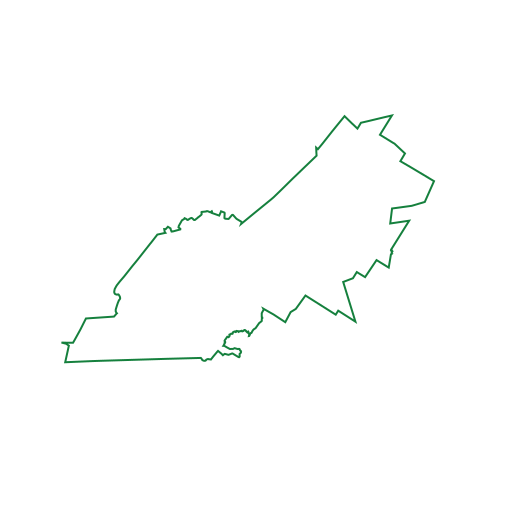 outline of Abasolo, Tamaulipas, Mexico, rotated 32°
{"feature_id": "50627088B78235434296900", "entity_name": "Abasolo", "entity_type": "district", "adm_level": 2, "iso_a3": "MEX", "parent_name": "Mexico", "parent_adm1": "Tamaulipas", "projection": "equal_earth", "projection_center": [-98.244, 24.128], "detail": "fine", "context": "isolated", "style": "outline", "palette": "green", "viewbox_px": 512, "rotation_deg": 32, "n_neighbors": 0, "source": "geoboundaries", "source_scale": "gbopen_adm2", "svg_char_len": 5463}
<svg xmlns="http://www.w3.org/2000/svg" viewBox="0 0 512 512"><g transform="rotate(32 256 256)"><path d="M150.5,447.2L173.4,431.5L180.7,426.6L234.5,390.7L263.2,371.7L263.4,371.8L263.8,371.8L264.5,372.1L265.2,372.5L265.8,372.7L266.5,372.6L267.5,372.4L267.8,372.2L268.1,372.0L268.3,371.9L268.6,371.5L268.8,371.1L268.8,370.9L268.7,370.6L268.8,370.2L269.0,369.9L269.5,369.2L269.9,368.8L270.4,368.6L271.0,368.5L271.6,368.0L272.6,367.7L273.0,363.9L273.9,357.5L274.1,356.6L278.5,357.2L280.5,357.7L281.2,355.8L281.3,355.6L281.5,355.5L285.0,354.4L285.2,354.2L286.8,352.1L287.4,351.3L287.6,351.2L287.8,351.1L294.4,351.0L294.6,351.0L295.3,350.8L295.4,350.7L295.4,349.9L295.3,349.7L294.8,349.0L294.1,347.9L294.0,347.7L294.4,346.2L294.4,345.9L294.3,345.7L294.2,345.5L293.8,345.2L293.7,344.9L293.7,344.7L292.2,344.3L291.9,344.0L291.2,343.6L290.9,343.7L290.7,343.8L290.0,344.5L289.8,344.6L286.7,345.5L285.8,346.9L285.6,347.1L283.1,348.7L280.0,348.9L276.4,349.0L276.2,349.2L276.0,348.9L275.9,349.0L275.8,346.8L275.5,346.6L275.6,346.4L275.6,346.0L275.7,345.7L275.4,345.2L275.2,345.0L274.6,344.9L274.4,344.8L274.3,344.6L274.2,344.3L274.2,344.1L274.2,343.0L274.4,341.7L274.3,341.2L274.4,340.3L274.4,340.1L274.4,339.9L274.4,339.7L274.5,339.6L275.0,339.6L275.3,339.5L275.6,339.5L276.0,338.7L276.0,338.3L275.9,337.7L275.6,337.5L275.4,337.3L275.2,337.1L275.1,336.9L275.1,336.7L275.5,336.2L275.8,336.0L275.9,335.8L276.0,335.4L276.0,335.2L276.4,334.9L276.5,334.8L276.7,334.7L277.2,334.5L277.3,334.4L277.3,334.1L277.2,333.8L276.9,333.3L276.9,333.1L276.9,332.9L277.0,332.7L277.1,332.4L277.3,332.1L277.5,331.8L277.7,331.5L277.9,331.3L278.5,331.2L278.7,331.4L278.8,331.4L279.1,331.3L279.3,331.0L279.3,330.9L279.1,330.5L279.1,330.4L279.0,330.1L279.1,329.9L279.4,329.8L279.7,329.6L280.1,329.6L280.7,329.4L280.8,329.2L281.0,329.1L281.2,329.3L281.2,329.5L281.3,329.6L281.5,329.6L281.6,329.1L281.6,328.9L282.1,328.5L282.3,328.4L282.4,328.1L282.6,327.9L282.8,327.8L283.1,327.6L283.2,327.4L283.3,327.4L283.4,327.1L283.5,327.0L283.9,327.2L284.3,327.2L284.5,327.0L284.7,326.7L285.0,326.3L285.1,326.1L285.1,325.5L285.2,325.4L285.4,325.2L285.6,325.0L285.6,324.8L285.8,324.7L286.0,324.7L286.3,324.6L286.5,324.7L286.7,324.8L287.1,324.8L287.4,324.9L287.5,325.0L287.7,324.9L287.9,325.1L288.2,325.1L288.3,325.2L288.6,325.3L289.0,325.4L289.4,325.4L289.6,324.3L289.8,324.4L290.2,325.0L290.5,325.2L291.7,326.0L291.9,326.2L292.0,326.4L292.4,327.6L292.6,327.4L292.6,327.0L292.3,324.8L292.3,324.5L292.3,324.3L292.4,324.2L292.8,323.8L292.9,323.6L292.7,321.0L292.8,320.5L292.9,319.6L293.0,319.3L293.8,317.6L293.9,317.2L294.2,311.5L294.2,311.3L295.3,308.3L295.3,308.1L295.2,307.8L294.2,306.3L294.2,306.1L294.2,305.9L294.3,305.5L294.3,305.3L294.2,305.2L294.0,304.9L293.9,304.8L293.5,304.9L293.4,304.9L293.2,304.7L291.3,301.7L291.2,301.5L291.0,299.6L291.0,299.3L291.0,298.3L291.0,298.0L290.9,297.7L290.6,297.2L290.4,297.0L290.1,296.8L297.5,296.5L301.8,296.3L315.9,296.6L315.6,292.4L315.1,285.2L317.8,279.8L318.9,263.3L354.7,263.5L354.7,258.8L375.1,259.0L347.5,235.1L343.7,231.8L350.0,223.5L350.0,216.2L352.0,216.2L359.7,216.1L360.4,195.6L374.7,195.5L369.6,183.2L370.0,182.2L369.8,182.2L369.6,181.9L369.4,181.7L369.4,181.0L369.3,180.8L369.2,180.6L369.1,180.4L369.1,180.1L369.2,179.9L369.2,179.7L368.9,179.6L368.6,179.8L368.3,180.0L368.2,180.0L368.0,179.8L367.9,179.8L367.9,179.7L367.8,179.4L367.7,179.3L367.7,179.2L367.4,179.2L367.4,178.9L367.2,178.8L367.2,144.9L352.6,157.3L346.2,143.6L349.5,140.9L361.5,130.9L370.5,120.7L367.3,98.2L340.9,98.7L328.2,99.1L328.0,90.1L313.8,87.3L312.6,87.4L296.9,87.5L296.8,64.8L291.6,70.0L285.2,76.5L280.1,81.7L274.8,87.0L274.4,87.4L274.5,91.5L274.5,94.2L268.2,92.9L267.9,92.9L257.0,90.5L255.5,102.3L254.7,108.8L254.6,109.5L252.8,125.7L251.9,132.6L249.6,132.2L252.4,136.3L254.2,138.8L246.1,170.9L242.5,186.0L239.8,196.9L238.7,200.4L231.7,220.9L226.4,236.7L226.1,235.2L225.8,234.8L225.4,234.7L220.2,234.8L219.3,234.7L214.9,233.4L214.5,233.4L214.2,233.6L214.0,233.8L213.9,234.1L213.2,238.8L213.0,239.2L212.8,239.3L210.3,240.6L209.7,240.7L209.2,240.6L208.9,240.2L206.7,236.2L206.4,236.0L206.2,235.9L205.8,236.0L202.7,236.6L202.8,237.0L203.4,241.2L195.7,242.9L195.0,241.5L194.8,241.4L194.3,242.7L194.1,243.1L193.8,243.2L191.4,243.6L190.9,243.8L190.2,244.3L190.1,244.7L186.6,247.4L186.5,247.7L187.3,248.7L187.8,249.5L187.8,249.8L187.8,250.0L186.9,252.8L186.6,253.4L186.3,254.2L186.3,254.5L185.1,257.8L184.5,258.2L184.1,258.3L182.6,257.9L181.5,257.8L181.0,258.0L180.3,259.0L179.9,259.7L179.4,260.9L179.1,261.5L178.8,261.7L178.4,261.8L178.1,261.7L177.8,261.6L176.7,261.6L175.4,261.8L175.4,262.8L174.3,265.0L174.5,269.6L174.6,271.4L175.1,272.8L177.1,273.0L177.5,273.1L177.7,273.6L172.7,279.0L171.9,279.7L171.5,279.6L171.3,279.9L169.6,278.7L168.9,277.9L165.8,277.9L165.2,281.0L163.9,281.8L166.0,284.1L166.9,284.4L161.0,290.1L159.9,300.8L159.8,301.2L157.5,322.3L156.5,329.9L155.0,343.3L154.0,349.9L153.5,354.4L153.5,355.9L153.7,358.9L154.3,360.5L154.7,361.4L155.1,362.0L155.6,362.4L156.1,362.7L156.7,362.9L157.3,362.8L157.9,362.7L158.2,362.6L158.8,362.3L159.3,361.7L159.7,361.5L160.1,361.6L161.0,362.0L161.7,362.4L162.3,362.8L163.2,363.8L163.4,364.5L163.4,365.1L163.2,366.4L163.4,367.0L163.6,368.6L164.3,371.6L165.4,375.7L166.3,377.2L167.0,377.7L167.4,378.0L168.4,378.3L168.3,378.6L167.7,382.6L165.5,384.2L144.9,399.1L146.0,410.9L146.1,412.4L146.5,419.8L146.7,423.7L146.8,426.5L141.7,429.7L136.9,432.5L141.5,431.0L144.8,431.2L150.5,447.2Z" fill="none" stroke="#15803d" stroke-width="2"/></g></svg>